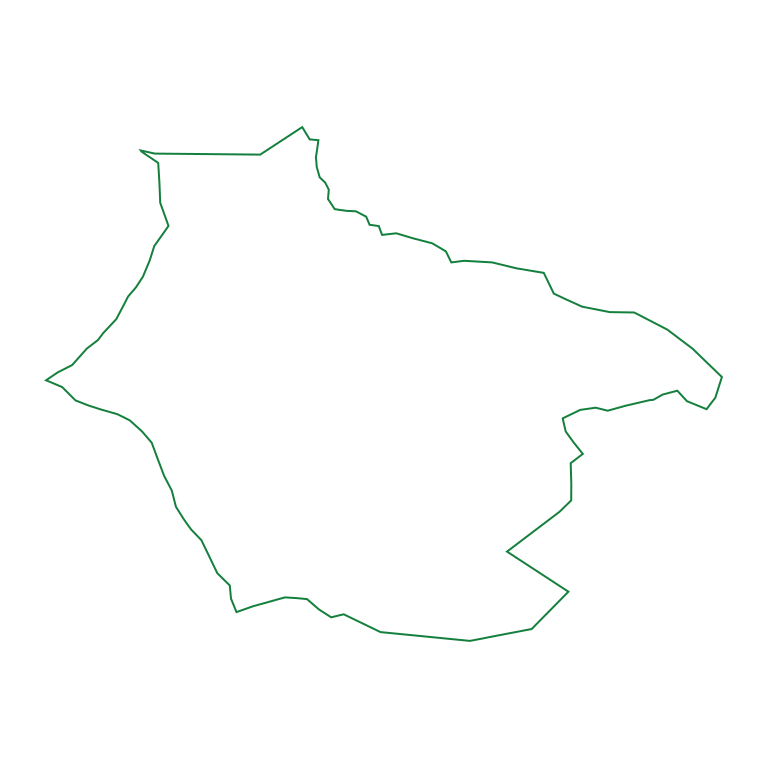 the district of Tandjilé Est, Tandjilé, Chad
{"feature_id": "50815135B89886025568853", "entity_name": "Tandjilé Est", "entity_type": "district", "adm_level": 2, "iso_a3": "TCD", "parent_name": "Chad", "parent_adm1": "Tandjilé", "projection": "albers", "projection_center": [16.729, 9.658], "detail": "fine", "context": "isolated", "style": "outline", "palette": "green", "viewbox_px": 768, "rotation_deg": 0, "n_neighbors": 0, "source": "geoboundaries", "source_scale": "gbopen_adm2", "svg_char_len": 1845}
<svg xmlns="http://www.w3.org/2000/svg" viewBox="0 0 768 768"><path d="M140.8,150.5L141.5,151.5L143.0,152.6L147.2,155.5L158.2,162.9L159.4,182.4L159.9,194.3L160.2,202.7L168.5,225.9L161.2,236.3L154.3,246.0L149.6,260.7L142.9,276.7L136.0,287.3L128.1,296.5L125.5,301.6L122.8,306.8L116.3,319.1L103.1,333.2L99.0,338.7L98.1,339.9L86.8,348.6L72.2,365.0L57.7,372.4L50.7,377.1L46.1,380.3L62.2,387.1L75.5,400.4L88.5,405.5L101.3,409.6L117.4,414.2L129.7,420.3L142.0,431.4L151.7,442.7L157.8,459.2L164.1,475.8L171.8,490.6L175.9,506.7L180.2,513.6L180.5,514.0L183.3,518.5L184.9,520.8L187.3,524.2L191.3,529.7L197.1,535.7L201.4,540.2L210.2,558.4L217.3,573.2L229.8,585.5L231.0,598.6L236.5,612.1L253.2,606.2L284.9,597.4L296.7,598.1L307.0,599.1L318.9,609.4L322.9,612.0L331.2,617.3L343.7,614.3L355.7,620.1L355.9,620.2L356.3,620.4L380.5,632.1L415.2,635.5L469.9,640.9L479.8,639.0L481.5,638.7L488.4,637.3L531.7,629.0L535.7,624.9L549.6,610.8L568.4,591.7L507.0,551.6L559.5,511.8L571.2,500.4L571.3,483.8L570.7,463.2L570.8,463.1L582.8,453.9L573.6,442.4L565.7,431.5L562.7,418.4L562.8,418.3L580.2,409.9L595.7,407.7L607.7,410.7L624.3,406.1L625.3,405.8L649.4,400.2L653.4,399.8L662.8,394.5L677.3,390.7L687.0,401.2L706.6,409.2L711.1,403.2L715.3,397.8L721.9,377.0L705.9,361.6L692.7,348.8L679.3,338.7L667.6,329.8L666.7,329.3L634.2,312.5L609.7,312.1L582.2,306.7L566.3,299.5L553.8,293.6L543.8,272.9L516.3,268.3L492.1,262.4L464.1,260.8L451.3,262.4L445.9,251.4L439.2,247.4L432.0,243.2L428.3,242.3L413.0,238.3L396.3,233.3L382.1,234.9L381.4,233.1L378.8,226.1L374.2,225.4L369.6,224.8L366.2,216.7L355.9,211.3L349.7,211.0L346.8,210.9L344.3,210.5L340.3,210.0L334.7,209.1L328.0,199.0L328.8,189.6L325.1,182.5L319.7,177.4L316.7,166.8L316.4,162.2L315.9,157.5L317.2,148.9L318.4,140.2L309.7,139.4L302.2,127.1L260.2,154.6L154.9,153.6L140.8,150.5Z" fill="none" stroke="#15803d" stroke-width="2"/></svg>